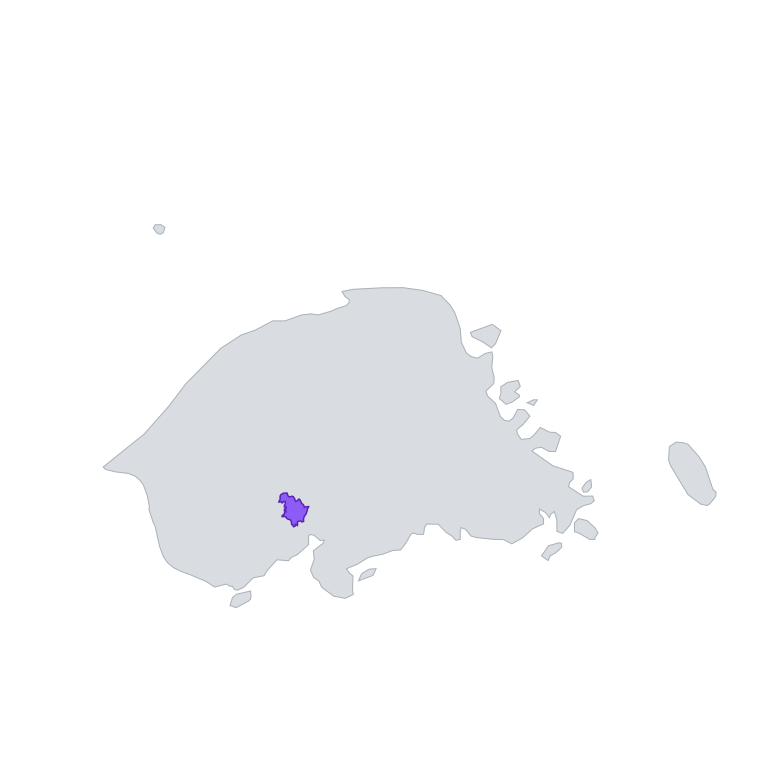 Anseong-si, Gyeonggi, South Korea shown in context, rotated 255°
{"feature_id": "91817680B64740203795166", "entity_name": "Anseong-si", "entity_type": "district", "adm_level": 2, "iso_a3": "KOR", "parent_name": "South Korea", "parent_adm1": "Gyeonggi", "projection": "albers", "projection_center": [127.32, 37.016], "detail": "fine", "context": "in_parent", "style": "filled", "palette": "violet", "viewbox_px": 768, "rotation_deg": 255, "n_neighbors": 0, "source": "geoboundaries", "source_scale": "gbopen_adm2", "svg_char_len": 4453}
<svg xmlns="http://www.w3.org/2000/svg" viewBox="0 0 768 768"><g transform="rotate(255 384 384)"><path d="M228.8,182.4L231.4,180.4L231.6,177.5L231.7,167.8L239.2,161.2L249.9,147.5L255.1,140.0L261.1,133.1L267.9,128.4L274.6,126.2L285.2,125.2L305.4,126.1L309.4,125.3L323.5,124.5L326.8,125.7L337.0,126.5L348.4,125.5L354.1,123.4L359.3,119.9L363.9,113.7L368.5,102.1L373.5,93.0L376.5,91.2L397.7,139.3L418.1,170.2L435.5,192.6L460.7,235.6L468.3,258.8L469.3,273.2L473.8,292.9L470.6,304.4L472.0,322.3L470.7,331.5L467.8,338.3L468.0,351.4L469.1,358.3L469.4,367.5L471.4,371.1L474.3,372.4L478.7,368.9L484.2,367.4L483.5,378.5L477.5,406.8L472.1,427.4L464.5,445.4L454.7,461.9L442.7,468.5L434.2,470.9L417.9,472.0L404.3,469.5L392.7,471.6L388.1,475.1L384.7,480.9L387.3,489.9L387.1,496.6L382.1,496.1L372.2,492.4L361.2,492.0L356.0,490.1L350.8,480.6L345.5,481.0L336.4,486.7L322.4,488.0L317.5,491.1L315.7,495.1L317.8,500.0L324.9,506.6L322.5,513.2L315.2,516.6L309.2,508.4L305.5,500.4L301.3,500.0L294.9,502.3L293.6,510.9L296.6,516.8L301.6,523.6L294.6,531.5L292.8,537.1L287.8,541.1L274.3,532.2L276.3,525.8L282.1,519.7L282.8,513.4L280.9,509.6L261.6,525.6L249.7,543.7L243.4,542.3L240.7,537.7L237.0,535.7L224.1,547.4L221.7,556.6L216.9,556.9L214.9,553.0L214.8,544.6L212.7,537.5L199.5,527.0L193.5,518.0L196.8,512.9L207.9,515.8L216.7,515.5L215.0,511.2L212.1,509.2L218.0,506.8L222.9,501.9L218.9,500.5L212.7,503.3L207.6,501.9L205.7,490.0L199.5,477.9L196.5,466.1L202.7,459.3L205.9,448.8L211.7,433.6L214.6,428.7L222.5,425.2L225.3,421.3L221.0,419.2L214.2,417.4L214.4,413.0L219.1,410.6L224.3,405.8L234.6,400.0L237.7,388.9L234.8,386.0L228.5,383.3L230.0,377.7L232.6,373.5L231.7,370.9L224.3,363.6L219.4,356.9L220.9,349.4L219.9,338.0L220.6,328.5L220.3,323.3L216.8,311.6L215.3,299.9L210.5,301.6L206.7,304.4L193.0,300.2L188.7,299.9L187.0,291.2L192.1,280.5L203.8,271.2L210.5,270.1L215.5,266.0L223.4,264.8L232.7,271.2L241.2,272.6L245.8,283.7L248.7,286.0L249.3,281.9L256.1,277.2L257.8,273.6L256.3,271.6L248.5,269.7L241.5,255.9L240.6,249.9L238.0,246.1L241.9,235.1L233.9,222.6L229.9,218.6L230.6,207.4L226.4,200.2L224.1,196.2L222.7,189.5L224.0,186.4L227.7,185.3L228.8,182.4ZM197.4,674.4L193.4,676.8L189.6,675.3L188.6,674.1L184.1,667.9L183.0,664.7L186.1,658.7L198.7,648.9L231.1,639.6L236.9,639.2L249.6,643.4L252.3,651.1L249.9,657.7L247.0,662.1L232.1,669.5L220.5,673.0L197.4,674.4ZM413.6,504.0L405.3,510.8L393.9,502.0L391.1,497.1L399.6,489.8L406.8,481.4L411.5,480.8L413.6,504.0ZM353.6,503.9L352.7,514.5L346.4,515.0L342.6,508.2L338.7,511.6L336.6,511.7L333.4,503.2L332.8,496.6L340.2,491.6L344.7,494.5L351.1,496.1L353.6,503.9ZM190.4,550.6L184.7,552.2L181.5,548.4L179.3,547.4L180.6,542.6L190.0,533.1L191.9,529.8L200.4,531.9L203.6,537.0L199.6,544.7L190.4,550.6ZM219.1,187.2L218.6,201.5L213.9,200.8L210.7,199.4L209.3,196.6L206.2,183.3L209.9,177.9L216.8,182.3L219.1,187.2ZM185.4,511.6L184.2,514.2L180.3,513.4L176.4,505.9L174.9,500.0L171.0,496.7L177.3,491.7L185.2,501.0L185.4,511.6ZM209.0,321.6L207.7,328.6L202.0,323.9L200.5,308.5L206.4,313.1L209.0,321.6ZM595.7,209.6L591.9,213.0L587.2,209.9L586.5,206.5L588.8,203.5L594.3,201.5L597.0,204.0L595.7,209.6ZM236.8,553.9L238.2,559.0L231.0,558.0L227.2,553.0L227.8,548.8L232.1,548.2L236.8,553.9ZM330.0,524.6L329.0,528.0L324.5,523.0L328.9,517.4L330.0,524.6Z" fill="#d9dde1" stroke="#a8b0b8" stroke-width="1"/><path d="M297.2,251.9L296.8,253.8L296.9,254.3L295.5,254.8L295.8,255.6L296.5,256.8L295.9,258.1L294.8,258.0L293.2,257.2L292.5,256.3L291.0,256.0L290.8,257.5L289.4,257.3L289.0,255.6L287.6,255.0L287.6,256.4L285.9,256.3L286.0,255.0L284.9,254.3L283.7,253.3L283.4,251.7L282.2,251.3L281.9,252.3L282.0,253.7L280.3,255.0L278.7,255.7L277.8,257.1L276.7,258.7L274.2,258.8L273.1,258.6L272.0,258.5L271.3,259.4L269.6,259.6L269.6,261.2L271.4,261.9L271.1,262.7L270.6,263.0L269.7,263.6L270.6,264.2L272.4,264.4L273.3,264.8L273.5,266.3L273.3,267.6L273.0,268.4L272.0,269.0L272.1,270.8L272.4,270.8L274.1,271.2L276.5,272.5L277.1,273.2L278.8,275.2L280.3,276.2L281.9,277.2L283.5,277.9L284.3,279.0L285.1,279.5L285.6,277.0L285.4,275.1L287.6,275.1L288.9,274.5L289.9,273.5L291.2,273.4L292.4,273.2L293.7,272.9L294.8,272.3L294.8,271.4L293.8,270.7L293.6,269.5L293.6,268.2L294.7,267.9L296.0,268.1L296.9,267.8L298.5,267.3L299.2,266.7L299.4,265.7L299.4,264.1L299.6,263.1L300.5,262.5L301.2,262.3L303.8,262.1L303.9,261.2L304.4,259.7L304.6,258.4L304.0,257.1L304.0,256.1L303.0,254.9L301.9,254.4L299.6,253.9L298.8,253.1L297.7,252.2L297.2,251.9Z" fill="#8b5cf6" stroke="#5b21b6" stroke-width="1.5"/></g></svg>